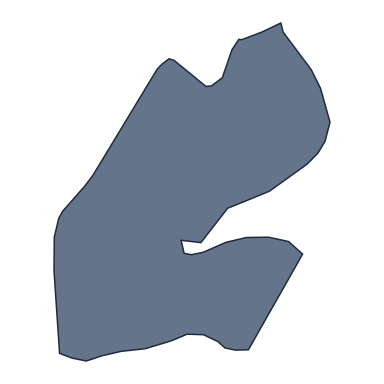 an SVG outline of Djibouti
{"feature_id": "DJI", "entity_name": "Djibouti", "entity_type": "country or territory", "adm_level": 0, "iso_a3": "DJI", "parent_name": "Africa", "parent_adm1": "", "projection": "robinson", "projection_center": [42.635, 11.825], "detail": "fine", "context": "isolated", "style": "filled", "palette": "slate", "viewbox_px": 384, "rotation_deg": 0, "n_neighbors": 0, "source": "natural_earth", "source_scale": "50m", "svg_char_len": 778}
<svg xmlns="http://www.w3.org/2000/svg" viewBox="0 0 384 384"><path d="M302.6,254.1L288.1,279.8L269.5,312.5L248.4,349.8L235.2,350.1L224.9,347.9L217.9,341.6L203.4,334.7L187.1,334.2L171.6,340.7L145.2,348.7L121.4,351.3L102.2,355.7L86.3,361.0L72.0,358.1L59.6,353.4L56.9,313.8L54.0,270.7L54.3,237.1L58.7,218.5L62.6,211.3L85.1,185.7L92.9,175.3L118.6,132.9L140.6,96.5L157.1,69.3L162.1,64.0L169.1,58.8L174.0,60.3L206.0,86.5L211.6,85.8L222.3,77.7L232.0,49.7L238.8,39.4L241.7,39.7L262.2,31.9L280.8,23.0L283.2,32.2L311.3,69.8L320.5,88.3L330.0,122.2L325.1,141.1L317.8,153.3L306.9,164.3L269.4,191.2L227.6,208.3L200.9,242.6L181.1,240.3L184.1,253.3L191.5,254.7L203.1,252.3L226.0,242.3L246.5,237.5L268.5,237.2L288.5,241.5L302.6,254.1Z" fill="#64748b" stroke="#1e293b" stroke-width="1.5"/></svg>